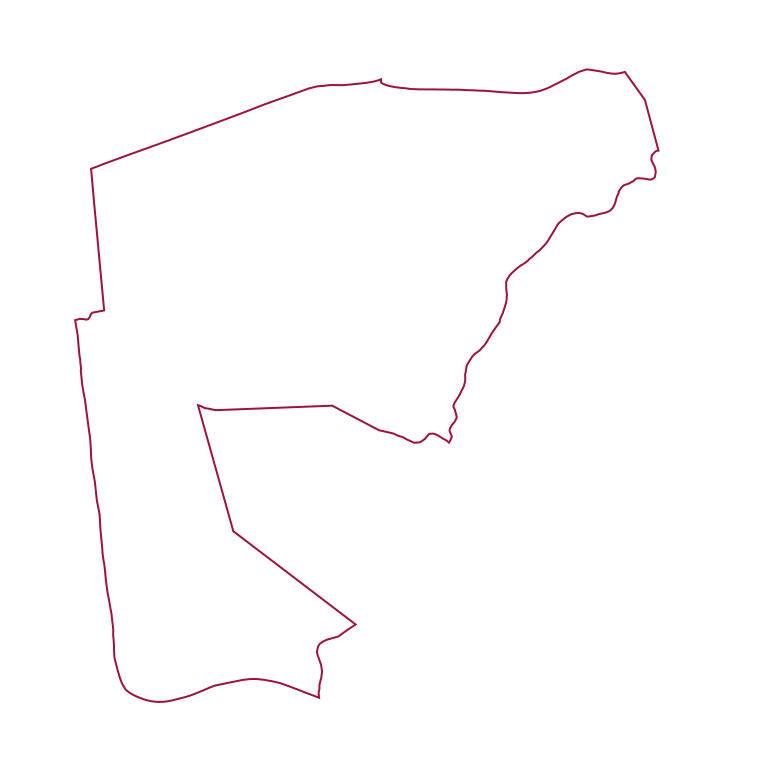 the district of La Tourney/Cedar Heights, Laborie, Saint Lucia, rotated 83°
{"feature_id": "8701671B9732663070943", "entity_name": "La Tourney/Cedar Heights", "entity_type": "district", "adm_level": 2, "iso_a3": "LCA", "parent_name": "Saint Lucia", "parent_adm1": "Laborie", "projection": "orthographic", "projection_center": [-60.965, 13.743], "detail": "fine", "context": "isolated", "style": "outline", "palette": "rose", "viewbox_px": 768, "rotation_deg": 83, "n_neighbors": 0, "source": "geoboundaries", "source_scale": "gbopen_adm2", "svg_char_len": 5842}
<svg xmlns="http://www.w3.org/2000/svg" viewBox="0 0 768 768"><g transform="rotate(83 384 384)"><path d="M134.7,648.5L167.2,649.6L276.9,652.8L277.7,665.0L279.4,666.6L281.7,667.9L283.6,669.8L283.8,671.8L283.0,674.2L282.3,677.9L283.0,682.8L298.1,682.1L318.5,682.8L323.0,682.5L325.3,682.8L331.9,682.8L333.9,683.3L342.2,683.5L348.9,683.6L354.3,683.3L355.6,683.3L363.6,682.7L371.9,682.7L381.5,682.6L392.6,682.5L402.5,682.3L411.3,682.8L422.0,683.7L432.8,683.7L445.5,682.9L465.0,683.2L470.0,682.8L478.6,682.2L494.9,683.2L512.4,683.7L518.7,684.0L524.6,683.9L529.6,683.6L536.5,683.7L543.4,683.9L551.6,683.9L557.3,683.8L565.6,683.2L572.6,682.9L578.8,682.5L586.6,682.6L590.2,682.6L595.4,682.7L600.1,683.4L605.5,683.6L611.1,683.9L615.2,684.4L623.0,684.9L626.8,684.4L636.0,683.2L643.9,681.9L649.2,680.6L655.8,677.7L659.0,674.7L660.7,672.5L662.3,670.4L664.2,667.3L666.1,663.9L667.7,660.8L668.8,658.3L670.2,654.5L671.4,650.3L671.8,648.0L672.1,646.3L672.5,642.3L672.6,638.4L672.4,634.8L672.0,631.1L671.5,627.0L671.0,623.3L670.5,619.3L669.8,615.4L668.9,611.3L667.9,607.5L666.7,603.0L665.4,598.4L664.2,594.5L662.8,589.0L661.8,577.1L661.3,571.5L661.1,568.0L660.8,564.0L660.5,560.6L660.5,555.5L660.5,553.5L660.9,549.3L661.6,544.9L663.0,539.1L665.4,531.3L667.5,525.4L669.2,521.6L670.6,518.8L672.9,514.3L674.5,511.2L677.1,506.2L681.0,499.1L687.1,487.4L687.5,486.7L686.7,486.7L682.3,486.5L679.0,485.3L674.7,484.7L667.9,482.1L662.7,480.7L661.9,480.5L658.1,480.6L654.9,480.7L650.5,481.7L644.8,482.9L641.7,483.3L639.0,482.3L636.4,481.3L634.1,479.5L632.1,475.5L631.6,474.1L630.8,471.7L629.0,459.9L626.1,454.9L621.8,446.7L620.2,443.4L619.2,441.5L511.8,551.5L477.5,556.7L382.4,571.2L382.7,570.5L383.4,569.0L383.8,568.3L384.6,567.1L386.2,564.5L386.4,563.8L386.9,561.7L388.6,556.9L389.1,555.1L389.5,554.0L399.2,438.1L418.6,410.0L429.4,394.4L430.6,390.8L434.3,380.7L437.5,375.6L438.1,373.9L438.7,372.3L442.2,367.5L442.9,366.3L446.0,361.3L446.1,359.1L446.3,356.8L445.9,355.1L445.7,354.1L443.6,350.2L441.3,347.8L439.8,346.1L439.0,345.1L439.1,343.4L439.3,340.9L440.1,339.3L441.0,337.6L445.7,331.7L448.0,328.4L448.4,328.1L450.1,326.7L447.5,324.6L445.9,323.9L445.3,323.5L444.6,323.1L442.9,323.4L440.9,324.0L439.3,324.5L437.6,324.5L435.7,323.7L433.7,322.1L432.8,321.4L431.2,319.7L430.4,318.8L429.1,317.8L427.9,317.0L427.2,316.4L425.9,315.9L423.4,316.0L421.8,316.3L419.8,316.6L418.3,316.8L416.0,317.6L415.3,317.8L414.2,317.7L412.6,317.0L411.3,316.2L409.7,315.0L409.0,314.4L407.6,313.2L406.6,312.4L405.8,311.7L404.3,310.6L403.2,309.8L402.1,309.1L401.2,308.5L399.5,307.4L396.3,305.3L395.3,304.7L393.6,304.1L391.9,303.4L390.3,303.0L388.4,302.7L386.7,302.5L384.6,302.4L382.9,301.7L380.2,300.9L379.1,300.6L376.0,299.7L375.1,299.1L373.2,297.8L371.3,296.2L369.4,294.6L368.0,293.5L366.9,292.4L365.5,290.6L364.7,289.3L363.2,286.5L362.4,285.1L361.3,283.8L359.2,281.4L358.1,280.0L356.0,277.9L354.5,276.7L352.4,275.1L351.1,274.1L348.3,272.0L346.0,270.2L344.5,268.9L343.0,267.4L341.2,265.9L339.5,264.2L337.5,262.4L336.9,261.7L334.2,261.1L327.8,257.3L322.3,254.7L320.2,253.8L317.3,252.7L314.0,251.7L312.4,251.7L310.7,251.1L304.6,251.1L297.6,250.3L295.1,248.9L291.6,246.1L288.9,242.9L285.2,237.5L282.6,233.0L282.6,232.6L281.6,230.6L280.9,229.1L279.2,226.3L277.6,224.4L275.6,221.1L274.3,219.4L272.2,216.7L270.7,214.0L269.3,212.1L268.2,210.7L266.4,208.6L265.0,206.9L263.4,205.2L262.7,204.6L261.3,203.4L259.7,202.1L257.8,200.7L256.4,199.6L254.2,197.8L251.6,195.7L250.1,194.6L248.2,193.2L247.2,192.5L245.3,190.4L243.9,188.3L241.6,184.8L240.3,182.4L239.2,179.8L238.4,177.8L238.1,175.2L237.8,173.0L238.0,170.8L238.1,169.1L238.8,167.2L239.2,166.4L240.0,165.1L241.1,164.0L242.3,162.3L242.7,161.7L242.7,159.8L242.6,157.5L242.5,155.2L242.4,153.7L241.7,150.6L241.4,148.2L241.2,145.8L241.0,143.9L240.4,141.3L240.0,139.8L239.5,138.6L238.5,137.1L237.7,136.2L236.5,135.0L235.3,134.1L233.8,133.2L232.5,132.5L231.7,132.2L229.8,131.4L228.3,130.8L226.6,130.0L225.5,129.4L223.9,128.5L222.9,127.8L221.9,127.6L220.2,126.5L218.7,125.1L217.3,123.6L216.5,122.6L216.0,121.7L215.6,120.1L215.4,118.9L215.1,117.6L214.8,116.1L214.2,114.8L213.7,113.7L213.2,112.0L212.5,111.1L211.7,110.0L211.1,109.2L210.7,107.8L210.7,106.7L210.9,105.7L211.2,104.5L211.4,102.9L211.7,101.5L212.0,100.3L212.6,98.3L213.0,97.0L213.4,95.7L213.6,94.3L213.4,93.0L212.9,91.5L211.8,90.1L210.6,89.6L209.3,89.2L207.3,88.6L205.9,88.4L203.7,88.5L201.6,88.8L199.7,89.5L197.8,90.2L195.5,91.0L194.1,91.4L189.9,90.4L187.9,88.3L187.0,87.2L186.3,86.2L185.8,84.9L185.8,84.4L185.8,83.1L133.9,90.4L103.6,106.9L103.9,108.6L104.2,111.1L104.3,112.7L104.3,114.9L104.2,117.0L103.9,118.6L103.5,120.7L103.1,122.2L102.5,124.2L101.7,126.6L100.5,129.8L99.3,133.8L98.0,138.4L96.7,143.2L96.5,145.1L97.1,148.0L97.5,150.5L98.4,153.8L99.4,156.2L100.2,158.7L100.8,160.2L102.1,163.2L103.1,165.3L104.0,167.8L105.2,171.3L105.7,172.6L106.5,174.7L107.1,176.4L108.0,179.0L108.6,180.5L109.5,183.0L110.0,184.6L110.7,187.2L111.2,189.3L111.8,192.0L112.2,193.8L112.5,197.7L112.6,200.1L112.7,203.0L112.6,205.9L112.5,207.2L112.4,209.1L112.1,211.9L111.7,215.0L111.2,217.9L108.6,232.1L107.6,236.8L106.8,240.8L106.0,244.3L105.3,248.0L104.8,250.9L104.6,252.9L103.9,256.6L103.2,260.9L102.7,264.4L101.0,273.8L100.4,278.8L99.9,282.5L99.5,285.3L99.1,287.9L98.8,290.7L98.4,293.5L97.8,297.8L97.4,300.7L96.9,305.0L96.3,309.4L95.8,313.4L95.0,318.2L94.5,321.4L92.9,327.4L92.2,330.9L91.5,333.7L91.1,335.2L90.4,337.9L89.7,339.9L89.1,341.7L88.4,343.5L87.4,345.7L86.8,346.9L85.8,348.5L85.3,349.3L84.4,350.2L81.2,349.8L81.6,351.0L82.6,357.4L82.9,364.7L82.8,375.0L82.4,388.1L80.7,401.0L80.7,408.6L80.5,411.0L80.5,412.6L80.5,414.4L80.7,416.4L81.1,419.2L81.3,421.3L81.6,423.2L82.2,425.6L82.7,427.9L83.3,430.4L84.0,433.4L84.5,436.0L85.3,439.1L86.1,442.6L89.7,458.9L92.4,470.5L98.6,495.2L103.5,515.6L112.3,552.5L119.1,581.7L125.2,608.6L130.9,633.1L134.7,648.5Z" fill="none" stroke="#9f1239" stroke-width="2"/></g></svg>